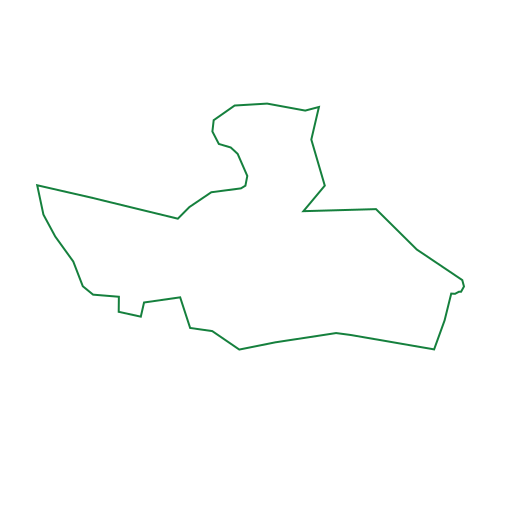 outline of Hudson, New Jersey, United States of America, rotated 70°
{"feature_id": "52423323B86380597892697", "entity_name": "Hudson", "entity_type": "district", "adm_level": 2, "iso_a3": "USA", "parent_name": "United States of America", "parent_adm1": "New Jersey", "projection": "natural_earth1", "projection_center": [-74.072, 40.733], "detail": "fine", "context": "isolated", "style": "outline", "palette": "green", "viewbox_px": 512, "rotation_deg": 70, "n_neighbors": 0, "source": "geoboundaries", "source_scale": "gbopen_adm2", "svg_char_len": 867}
<svg xmlns="http://www.w3.org/2000/svg" viewBox="0 0 512 512"><g transform="rotate(70 256 256)"><path d="M236.6,422.3L247.4,398.8L261.5,404.1L273.6,385.0L261.4,377.1L268.9,341.4L301.1,342.5L311.6,322.8L338.2,303.7L343.2,270.9L343.8,266.9L343.9,266.6L346.0,256.0L350.7,232.7L355.8,207.1L362.2,194.8L363.3,192.8L364.8,190.2L374.6,173.1L376.0,170.6L388.4,149.0L397.8,132.6L403.2,123.1L404.7,120.6L381.0,100.8L358.1,85.4L359.6,81.9L359.0,77.5L359.7,75.5L355.8,71.0L349.2,70.4L304.9,102.7L253.0,127.2L230.1,196.1L213.4,167.3L165.5,164.2L137.5,145.9L136.2,160.0L116.6,193.4L107.3,224.6L113.9,249.3L124.1,254.4L138.0,252.6L145.4,242.6L153.8,238.3L177.8,236.8L186.3,241.9L187.3,247.0L180.8,276.2L187.2,301.8L194.2,316.7L155.1,375.4L145.6,389.6L114.7,437.4L144.4,441.6L169.0,438.0L198.7,429.6L225.2,429.1L236.6,422.3Z" fill="none" stroke="#15803d" stroke-width="2"/></g></svg>